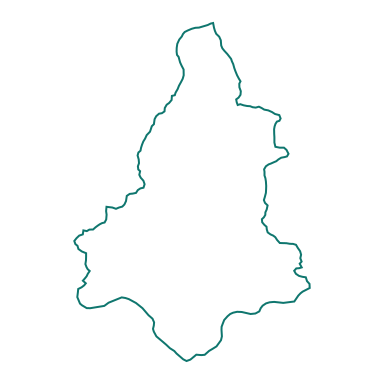 outline of Conquista, Minas Gerais, Brazil
{"feature_id": "56859067B32516427424579", "entity_name": "Conquista", "entity_type": "district", "adm_level": 2, "iso_a3": "BRA", "parent_name": "Brazil", "parent_adm1": "Minas Gerais", "projection": "mercator", "projection_center": [-47.62, -19.86], "detail": "fine", "context": "isolated", "style": "outline", "palette": "teal", "viewbox_px": 384, "rotation_deg": 0, "n_neighbors": 0, "source": "geoboundaries", "source_scale": "gbopen_adm2", "svg_char_len": 3396}
<svg xmlns="http://www.w3.org/2000/svg" viewBox="0 0 384 384"><path d="M309.7,288.0L309.5,283.9L307.0,281.1L305.8,277.3L302.4,276.8L299.0,275.9L295.9,273.8L294.2,270.8L296.3,268.4L299.1,268.2L301.7,267.4L299.7,263.7L301.6,261.6L300.3,258.2L301.1,254.7L300.1,251.2L297.8,247.9L296.0,244.8L293.0,243.9L289.9,243.8L286.4,243.2L282.6,243.1L279.8,243.0L277.1,240.0L275.3,237.2L273.2,235.6L270.5,234.4L267.7,232.4L266.8,229.5L266.5,226.7L264.4,224.9L262.2,222.3L261.9,219.2L263.9,217.3L265.3,214.9L265.4,212.3L266.7,209.5L267.6,205.4L265.0,202.9L263.9,200.1L264.8,197.1L265.9,192.9L266.1,189.2L266.2,185.9L265.9,181.4L265.4,178.2L264.5,175.5L264.5,171.8L264.1,169.3L265.9,166.3L268.6,164.4L270.8,163.6L273.7,162.3L276.3,161.2L278.3,159.5L281.2,157.7L284.5,157.1L287.0,156.4L288.5,153.8L286.5,149.9L284.0,147.7L279.9,147.7L275.4,146.8L274.4,142.6L274.4,137.2L274.2,133.9L274.1,129.2L274.6,126.4L275.5,123.8L276.9,121.6L279.4,120.8L280.6,118.5L279.3,115.1L275.0,114.0L272.1,112.1L268.3,110.4L264.2,109.6L261.6,108.0L258.9,106.7L255.7,107.6L252.6,107.2L250.1,106.2L247.1,106.0L243.6,105.3L240.3,104.2L237.7,105.0L236.7,102.2L236.2,99.4L238.6,97.6L240.5,94.8L240.8,91.2L239.4,87.3L239.3,83.7L240.5,81.3L238.9,78.7L237.1,75.3L235.5,71.4L234.3,68.1L233.2,64.1L231.9,61.3L231.1,58.9L229.4,56.7L227.3,54.0L224.6,51.1L222.4,48.4L221.2,45.5L220.8,40.3L219.2,36.7L216.2,33.8L214.9,30.8L214.0,27.7L213.1,23.0L210.6,23.6L207.8,25.0L204.8,25.9L202.4,26.6L199.0,27.6L195.3,27.8L191.7,28.8L187.7,30.5L184.7,32.0L183.0,34.0L181.8,36.5L179.3,39.5L177.3,43.8L176.7,47.9L176.6,51.7L177.0,54.9L178.6,56.9L179.3,59.5L180.1,62.4L181.6,65.7L183.6,69.5L183.7,75.3L182.7,78.8L181.1,81.9L179.0,85.7L177.6,89.2L175.6,92.6L174.8,95.2L171.9,95.9L171.6,100.0L169.1,103.0L166.7,104.7L164.8,108.0L164.5,111.4L161.9,113.2L159.0,113.7L156.2,116.2L154.6,119.2L153.9,124.2L151.8,126.2L151.0,128.7L150.0,131.7L146.7,135.1L145.1,138.6L143.3,141.5L142.0,144.8L141.0,148.0L140.5,150.7L138.4,152.5L137.6,155.5L138.7,159.4L139.0,163.2L137.9,166.3L138.3,169.5L140.1,171.2L139.3,174.8L140.7,177.7L143.4,180.7L144.6,184.2L143.5,187.7L140.4,188.4L137.8,190.1L136.0,192.9L132.7,193.6L129.7,193.9L126.8,195.9L126.0,201.1L124.4,204.5L122.3,206.6L119.1,207.5L116.0,208.8L112.3,207.5L109.5,207.2L106.5,206.8L106.1,211.1L106.6,214.7L106.2,219.5L104.6,222.5L102.1,223.1L99.9,224.2L97.8,225.6L95.4,227.4L93.1,229.5L89.4,229.6L86.8,231.1L83.4,230.4L82.8,234.4L79.2,235.6L76.5,238.2L74.3,241.0L75.4,244.1L77.5,245.8L78.4,249.0L81.9,251.5L86.1,253.2L86.1,256.4L86.0,260.2L85.4,264.1L86.5,267.1L87.7,269.2L89.7,271.0L87.8,273.8L86.6,276.3L84.9,278.4L82.9,280.7L85.8,283.3L84.2,285.3L81.6,287.3L78.2,289.0L77.9,292.2L77.3,297.1L78.8,300.7L80.0,303.6L82.0,305.3L86.7,308.1L90.2,308.2L104.3,305.9L108.6,302.7L121.7,297.4L125.4,298.0L128.8,299.1L136.0,303.0L142.5,308.2L148.5,315.2L152.5,318.7L154.1,322.4L153.8,325.6L153.0,328.9L153.8,331.6L156.4,336.4L166.1,344.6L169.9,348.2L174.3,351.0L176.5,353.5L183.2,359.3L186.5,361.0L190.4,359.6L196.3,354.7L201.4,355.1L204.7,354.8L209.1,350.9L212.5,348.9L216.5,346.4L221.0,340.2L221.9,336.4L221.5,329.8L221.6,326.8L222.9,323.3L224.2,320.0L227.6,316.2L230.2,314.0L233.1,312.7L237.1,311.8L241.8,312.0L250.6,314.0L255.4,313.5L259.3,311.4L260.7,308.2L262.6,305.7L266.0,303.4L269.6,302.3L274.1,301.9L283.3,302.9L294.3,301.5L298.3,295.6L300.5,293.3L302.7,291.6L309.7,288.0Z" fill="none" stroke="#0f766e" stroke-width="2"/></svg>